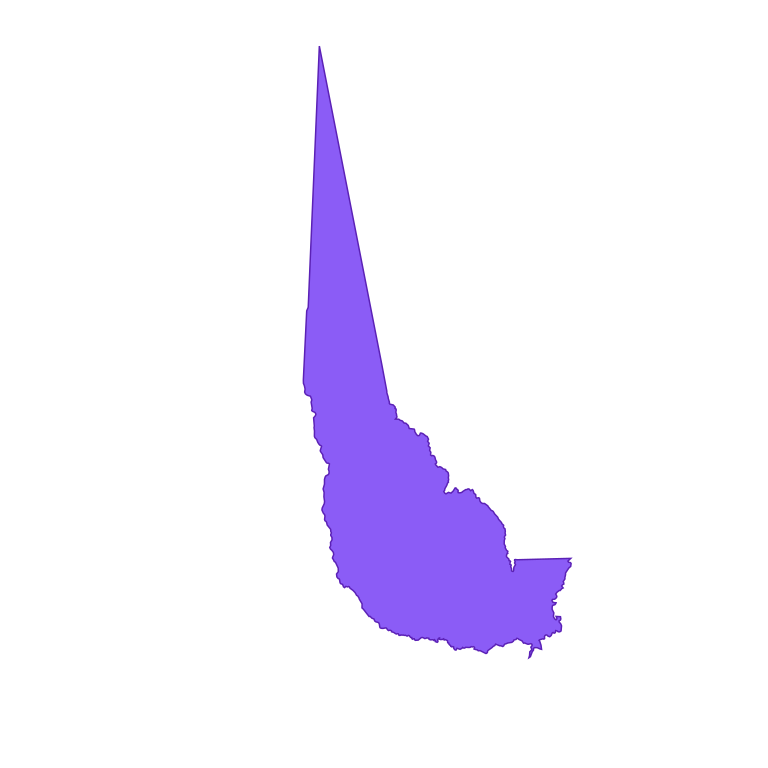 Nithi, Eastern, Kenya, rotated 52°
{"feature_id": "3690345B87545875120940", "entity_name": "Nithi", "entity_type": "district", "adm_level": 2, "iso_a3": "KEN", "parent_name": "Kenya", "parent_adm1": "Eastern", "projection": "albers", "projection_center": [37.753, -0.301], "detail": "fine", "context": "isolated", "style": "filled", "palette": "violet", "viewbox_px": 768, "rotation_deg": 52, "n_neighbors": 0, "source": "geoboundaries", "source_scale": "gbopen_adm2", "svg_char_len": 6168}
<svg xmlns="http://www.w3.org/2000/svg" viewBox="0 0 768 768"><g transform="rotate(52 384 384)"><path d="M77.9,226.9L276.9,396.5L278.8,399.9L331.2,445.1L333.9,447.1L336.3,447.8L339.4,449.3L341.5,451.5L343.3,452.0L344.8,451.7L345.8,451.3L348.3,449.5L351.5,450.4L352.3,451.0L353.4,452.6L359.0,455.6L360.4,457.3L361.4,457.2L363.7,456.0L365.0,456.0L365.9,456.3L366.7,457.5L367.3,460.3L374.2,464.8L375.3,466.0L378.2,467.7L382.3,471.0L383.8,471.5L386.2,471.2L389.2,472.1L391.3,472.3L392.7,472.2L393.7,471.6L394.6,471.5L397.2,475.2L398.1,475.6L402.0,475.8L404.5,477.3L410.3,477.8L411.3,477.6L412.3,476.5L413.4,476.2L416.9,480.3L419.1,481.1L420.6,482.4L421.1,483.7L420.6,486.4L421.1,487.7L422.5,489.6L426.3,492.6L429.2,496.6L432.5,497.9L435.9,500.8L439.9,503.1L441.5,504.7L443.7,509.1L445.1,510.5L448.3,511.3L450.5,511.3L451.8,511.9L454.1,514.2L455.4,514.7L456.6,514.3L457.6,514.4L460.2,515.6L465.6,515.5L467.6,516.8L468.9,517.1L469.8,518.6L470.6,519.2L472.9,519.5L474.8,520.9L475.9,523.7L478.5,525.5L479.4,527.4L481.1,527.8L483.1,527.5L485.6,527.6L487.5,528.7L489.1,531.5L489.9,532.0L491.0,531.9L493.2,532.5L494.6,532.0L500.8,533.4L503.7,535.5L504.5,538.4L507.0,539.9L509.0,539.9L509.8,539.4L510.6,539.4L513.6,541.0L514.6,541.1L516.4,540.0L518.9,540.8L520.2,540.4L520.0,538.7L521.6,537.5L521.7,536.7L522.5,536.2L524.0,536.5L527.6,535.5L530.6,535.2L533.7,535.7L534.7,535.2L537.0,535.4L538.3,535.9L543.7,536.6L546.9,539.2L548.7,538.9L558.0,538.9L558.6,538.0L561.2,537.7L562.9,536.6L565.1,537.2L566.3,536.9L568.2,535.5L569.0,535.2L570.3,535.5L573.0,537.0L573.9,537.1L574.9,536.5L576.1,535.1L577.0,533.2L577.8,532.4L580.0,532.5L581.1,532.2L581.6,531.0L582.3,530.4L583.2,530.1L583.9,530.6L585.7,529.3L587.9,528.6L588.7,528.1L588.9,527.3L589.7,526.5L591.3,526.9L592.0,526.1L592.2,525.0L593.0,524.5L593.6,523.4L594.5,522.9L595.2,521.8L596.9,521.0L597.1,519.6L598.0,519.0L600.1,519.1L600.9,518.2L601.8,518.8L602.6,518.7L602.8,517.7L603.4,517.0L604.2,517.4L605.3,517.1L606.9,514.7L606.8,510.9L607.2,510.0L608.2,509.2L609.6,508.7L610.3,507.5L610.3,506.7L612.0,505.2L613.0,505.7L614.2,504.9L615.6,502.9L616.7,502.6L616.5,501.7L617.6,501.5L618.5,502.2L620.3,501.1L620.3,500.3L619.8,499.7L618.7,499.5L618.0,497.5L618.3,496.6L619.2,497.5L620.3,496.7L621.3,495.1L621.5,493.8L622.8,494.2L623.4,492.9L625.3,492.0L627.1,493.1L627.9,492.5L629.1,493.0L630.2,492.9L631.1,492.5L631.8,492.9L632.8,492.5L633.3,491.4L634.0,491.0L635.0,491.7L636.6,491.9L637.3,491.7L638.0,491.1L637.2,489.2L639.9,487.4L640.3,485.3L640.0,484.2L641.0,483.9L641.8,482.9L641.8,481.7L644.0,479.2L644.6,478.1L644.6,477.0L645.5,476.4L645.9,475.4L646.7,474.9L647.6,475.0L648.2,476.2L649.1,475.7L651.1,474.1L652.2,474.0L653.3,472.4L659.0,469.7L659.4,469.0L659.2,467.8L658.3,466.9L658.0,466.1L658.2,461.2L658.0,459.5L658.3,457.7L657.7,456.2L661.5,454.0L662.2,453.1L664.0,452.0L664.0,450.8L663.4,449.6L663.4,448.7L663.8,447.9L664.3,445.9L666.3,442.3L666.3,440.3L665.7,439.2L666.6,437.2L666.2,435.9L667.1,435.2L668.4,434.9L671.4,433.4L674.1,433.6L674.7,432.6L677.3,431.1L678.0,430.4L679.0,428.2L679.8,427.7L680.7,427.9L681.3,428.4L681.8,430.3L683.8,430.8L684.4,431.4L684.8,434.0L687.7,436.6L688.9,438.3L689.0,436.5L686.3,432.1L685.7,430.0L684.4,428.9L684.5,427.6L686.1,425.6L688.8,424.2L690.1,423.2L686.5,421.1L682.7,419.7L681.5,419.7L681.3,419.0L682.7,415.5L683.5,415.1L683.5,414.2L681.9,413.1L681.3,412.0L681.5,410.7L682.4,410.1L683.7,410.0L685.2,409.0L685.1,407.1L683.7,404.6L683.9,403.7L685.1,403.4L685.4,402.1L684.0,400.5L684.8,399.8L686.4,399.3L687.2,398.6L687.6,397.5L687.6,396.5L683.9,393.0L681.9,392.4L679.3,392.5L678.4,391.8L678.7,390.4L678.0,389.3L676.0,388.2L673.1,391.5L675.0,391.9L675.6,392.6L675.7,393.6L674.9,394.0L672.3,393.9L671.2,393.4L669.0,391.1L665.0,390.2L663.2,388.7L662.4,387.7L662.5,386.7L663.1,385.3L662.8,383.9L662.3,383.1L661.0,384.5L659.8,385.3L657.9,384.9L657.5,383.9L658.7,381.9L658.6,380.1L658.1,378.8L656.8,378.2L655.2,378.0L654.6,375.8L654.6,373.0L655.2,372.3L654.7,369.9L655.0,368.4L652.5,368.4L652.1,366.8L652.4,365.5L651.4,364.8L650.0,364.4L649.0,361.4L648.0,360.8L646.2,358.5L644.7,357.3L642.8,351.7L642.7,349.2L640.7,347.1L639.6,347.0L638.0,348.3L636.8,348.1L636.4,344.2L604.4,387.4L603.3,388.4L602.9,389.2L603.5,389.8L604.8,390.0L605.4,391.3L607.3,391.6L608.4,394.5L610.9,396.8L611.2,397.6L610.7,398.2L609.8,398.5L608.1,397.2L605.9,396.6L605.5,395.7L604.4,395.2L603.6,395.8L602.4,394.7L601.7,393.5L600.9,393.6L600.2,394.2L598.9,393.4L595.8,393.8L595.0,393.5L593.6,392.0L593.7,390.7L592.7,390.4L592.1,389.4L590.5,389.8L587.6,389.3L586.8,388.3L584.1,387.8L581.3,385.5L580.3,383.9L579.2,383.7L578.3,382.8L577.9,381.2L575.9,380.3L574.9,379.2L572.6,377.8L571.7,378.1L570.6,378.0L569.6,377.5L569.0,376.7L566.5,377.1L565.5,376.7L561.0,377.0L559.0,376.4L554.5,376.8L551.7,376.4L550.6,376.7L549.7,377.3L544.9,377.4L543.9,377.2L540.1,378.3L538.8,379.9L537.1,380.6L535.1,380.4L533.0,379.2L532.0,379.3L530.9,381.3L529.9,381.3L527.5,379.8L525.6,380.4L522.7,379.3L521.6,379.4L521.4,381.4L519.2,381.6L518.4,382.3L518.2,383.6L517.5,384.7L517.2,388.1L517.3,389.1L517.0,390.3L516.2,391.6L515.3,392.4L514.5,392.2L514.0,391.3L513.0,391.0L512.1,391.1L511.4,391.6L510.2,391.3L509.7,392.0L511.0,395.5L511.2,398.4L509.1,399.9L508.7,402.8L507.5,403.3L505.5,403.1L505.1,401.6L504.1,400.7L502.5,396.9L501.2,394.9L501.0,393.6L499.9,393.2L499.4,392.1L497.3,390.9L496.0,389.5L493.6,388.1L492.5,388.1L490.6,388.6L489.3,388.1L487.3,389.7L485.2,390.0L483.5,390.9L482.9,392.7L479.7,393.0L478.6,392.8L478.6,391.5L478.2,390.8L477.2,390.3L475.8,390.2L472.9,388.9L471.4,388.9L470.3,389.6L469.8,390.7L468.6,391.0L466.6,389.1L464.4,388.9L462.7,386.9L460.1,387.2L458.5,384.9L456.0,384.9L454.9,382.9L452.0,382.3L450.7,383.0L447.4,383.8L445.9,384.6L445.1,385.5L446.1,387.3L446.2,388.3L445.5,389.2L443.8,389.5L440.3,389.0L439.2,388.2L438.1,388.0L434.6,391.5L431.6,390.4L428.4,390.9L427.1,392.2L424.4,392.3L422.3,393.7L420.9,394.0L418.7,396.6L418.2,394.5L417.4,393.7L416.3,393.4L415.6,392.8L413.6,392.1L412.0,390.4L411.1,389.9L410.1,390.4L409.1,389.4L406.2,389.6L403.6,391.7L402.5,391.7L401.6,390.9L398.0,389.5L396.7,388.7L392.5,387.1L391.4,386.2L367.8,374.0L77.9,226.9Z" fill="#8b5cf6" stroke="#5b21b6" stroke-width="1.5"/></g></svg>